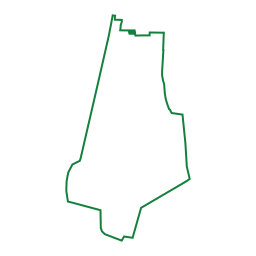 Ánimas Trujano, Oaxaca, Mexico (Equal Earth projection)
{"feature_id": "50627088B99049089169873", "entity_name": "Ánimas Trujano", "entity_type": "district", "adm_level": 2, "iso_a3": "MEX", "parent_name": "Mexico", "parent_adm1": "Oaxaca", "projection": "equal_earth", "projection_center": [-96.715, 16.988], "detail": "fine", "context": "isolated", "style": "outline", "palette": "green", "viewbox_px": 256, "rotation_deg": 0, "n_neighbors": 0, "source": "geoboundaries", "source_scale": "gbopen_adm2", "svg_char_len": 995}
<svg xmlns="http://www.w3.org/2000/svg" viewBox="0 0 256 256"><path d="M189.7,178.9L186.8,166.6L185.4,143.2L182.5,114.6L171.6,113.0L171.5,112.8L169.9,109.6L169.1,109.2L167.8,105.6L167.2,103.8L166.2,100.7L165.6,98.3L164.8,93.2L164.4,87.7L164.2,85.3L164.2,84.3L163.0,80.4L162.1,75.4L162.1,71.5L163.4,50.2L163.1,50.1L163.2,48.9L163.4,42.7L163.7,35.4L163.8,32.7L149.7,32.5L149.6,35.4L146.8,35.4L142.4,35.4L138.8,35.5L138.4,35.5L135.7,35.5L135.4,35.5L135.1,33.8L129.5,33.7L129.4,33.3L129.0,32.0L134.9,32.0L134.6,30.4L122.8,30.4L120.2,30.3L120.4,28.7L120.6,27.1L120.6,26.2L120.7,25.4L120.8,24.6L121.2,23.8L121.6,22.4L121.8,21.5L121.8,20.8L121.8,19.9L114.8,19.7L114.8,18.8L114.9,17.3L115.1,15.7L112.7,15.4L112.2,18.0L108.9,35.3L97.8,84.0L80.6,158.4L79.8,160.8L72.4,164.5L68.2,172.6L66.6,181.2L66.3,190.8L67.9,201.5L100.5,210.2L100.8,228.0L102.0,231.4L104.9,234.2L121.7,240.6L124.1,236.5L132.6,237.8L138.3,217.7L141.1,207.8L187.3,180.7L189.7,178.9Z" fill="none" stroke="#15803d" stroke-width="2"/></svg>